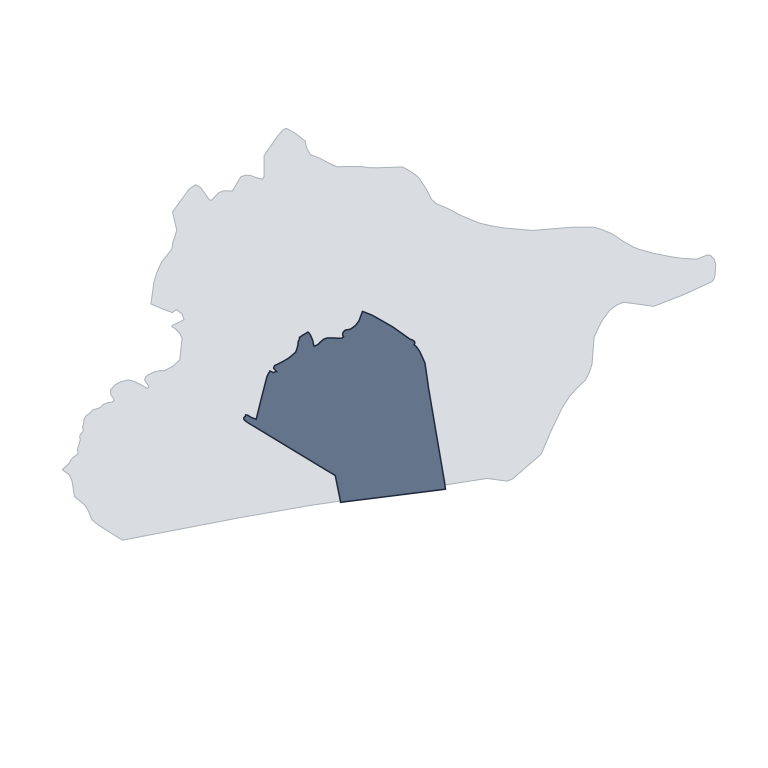 Tadmor, Homs (Hims), Syria shown in context, rotated 23°
{"feature_id": "27442178B76261641700856", "entity_name": "Tadmor", "entity_type": "district", "adm_level": 2, "iso_a3": "SYR", "parent_name": "Syria", "parent_adm1": "Homs (Hims)", "projection": "natural_earth1", "projection_center": [39.01, 34.465], "detail": "fine", "context": "in_parent", "style": "filled", "palette": "slate", "viewbox_px": 768, "rotation_deg": 23, "n_neighbors": 0, "source": "geoboundaries", "source_scale": "gbopen_adm2", "svg_char_len": 4516}
<svg xmlns="http://www.w3.org/2000/svg" viewBox="0 0 768 768"><g transform="rotate(23 384 384)"><path d="M132.7,274.2L138.6,274.9L151.3,282.6L153.4,282.4L157.3,272.2L161.1,268.7L169.0,265.6L171.3,249.1L175.0,245.9L179.5,244.2L186.3,243.9L192.2,242.9L192.6,240.0L184.5,220.9L185.2,216.0L189.4,196.8L191.9,189.3L194.3,186.8L203.7,187.8L216.8,191.2L220.2,196.7L226.6,201.6L236.2,201.3L247.3,202.2L256.0,202.5L263.0,199.1L278.6,192.6L286.4,190.5L293.4,187.6L316.1,177.0L325.2,177.9L331.4,179.2L336.1,180.9L346.8,188.1L355.5,195.4L361.7,197.6L372.8,197.5L388.9,198.8L408.6,198.7L420.1,196.7L434.8,193.1L461.0,184.5L495.3,166.5L515.6,157.7L524.3,156.7L535.6,156.6L547.0,158.9L559.9,160.5L565.8,160.4L579.8,158.6L597.9,154.9L609.2,151.9L622.9,147.0L631.3,138.9L634.1,138.0L637.7,139.5L639.3,140.1L642.9,144.7L646.7,156.6L646.7,158.0L646.0,161.4L637.2,171.2L625.1,184.5L616.5,192.9L601.9,207.1L590.9,210.1L572.4,215.2L567.5,220.2L562.9,228.2L560.2,239.1L559.5,246.0L559.1,258.7L563.5,272.0L567.8,284.7L568.4,293.2L568.0,301.5L564.0,310.3L559.7,322.5L557.3,336.3L556.1,362.0L556.2,384.0L555.9,387.6L548.3,403.0L539.5,421.1L535.3,425.3L515.7,430.7L494.2,444.0L470.3,458.8L448.5,472.3L425.6,486.4L401.8,501.1L384.8,511.6L362.0,525.6L341.3,539.0L320.2,552.6L304.2,562.9L279.9,579.3L265.6,588.8L244.6,602.9L226.1,615.3L204.2,630.0L176.8,625.6L168.2,623.1L161.2,616.1L156.0,612.4L143.1,608.5L134.9,595.4L129.9,590.7L121.3,588.6L125.1,580.2L125.8,574.7L129.6,567.9L127.3,563.5L126.3,554.1L124.6,551.7L124.1,549.3L125.4,546.2L124.9,543.1L123.4,541.8L122.8,537.1L121.6,533.6L122.3,529.4L124.2,526.6L126.2,521.3L128.5,519.7L132.2,516.4L133.2,513.0L136.5,509.6L140.9,506.8L141.9,504.6L141.3,503.3L136.9,500.8L134.6,496.4L136.7,490.0L138.2,488.0L140.8,484.9L146.8,480.2L151.4,479.4L155.4,479.4L162.1,479.8L167.3,480.6L168.7,479.4L168.5,477.9L162.1,474.0L161.7,470.9L163.4,467.6L168.0,462.4L173.5,458.6L176.3,457.9L182.6,450.3L186.6,441.7L180.3,420.8L176.4,417.5L170.1,414.6L166.4,414.2L166.1,412.8L171.1,407.5L174.7,402.9L170.8,398.5L163.8,396.5L161.2,401.0L152.2,401.4L138.2,401.4L132.2,379.3L131.4,369.8L131.6,358.8L136.0,342.6L134.1,335.1L134.0,330.1L133.0,323.2L122.1,308.3L128.4,280.9L132.7,274.2Z" fill="#d9dde1" stroke="#a8b0b8" stroke-width="1"/><path d="M390.3,509.9L393.5,508.0L481.7,456.8L478.1,450.7L436.3,385.5L428.2,372.8L426.2,369.7L425.2,368.0L423.8,365.6L423.0,364.3L421.5,361.8L417.6,355.4L413.5,348.7L411.8,347.1L411.2,346.6L409.8,345.2L408.7,344.2L404.8,340.7L404.0,340.0L399.8,337.3L399.3,337.2L398.3,336.6L398.2,336.6L397.9,336.5L397.7,336.5L397.4,336.4L397.2,336.4L396.9,336.4L396.7,336.3L396.6,336.2L396.4,336.1L396.4,335.9L396.3,335.7L396.3,335.4L396.3,335.2L396.4,334.9L396.4,334.7L396.4,334.4L396.3,334.2L396.2,334.0L396.2,333.9L396.1,333.7L395.9,333.4L395.7,333.3L395.6,333.2L395.4,333.1L395.1,333.0L395.1,332.9L394.9,332.8L394.7,332.8L394.7,332.7L394.4,332.7L394.2,332.6L393.9,332.5L393.7,332.5L393.5,332.4L393.4,332.4L393.2,332.4L392.9,332.4L392.7,332.4L392.4,332.4L392.2,332.4L391.9,332.4L391.7,332.4L391.0,332.7L370.0,328.1L366.3,327.6L346.4,325.3L337.0,325.5L335.8,325.6L336.3,335.7L335.7,338.0L335.1,340.6L334.4,342.2L332.3,345.7L332.2,346.0L330.7,347.3L329.9,347.9L328.5,348.7L327.4,349.4L326.7,350.9L326.1,352.5L326.6,354.7L327.5,355.9L328.3,356.3L328.2,356.9L327.6,357.7L327.2,358.1L326.9,358.4L326.7,358.6L326.4,358.7L325.7,359.0L321.9,360.5L320.3,361.0L314.6,363.4L313.2,364.2L311.0,366.3L308.8,370.8L308.3,372.4L307.5,373.8L305.7,375.8L304.8,376.4L304.6,376.1L304.0,375.6L301.4,371.9L301.3,371.7L301.2,371.6L300.1,370.5L299.9,370.3L299.5,369.9L298.4,368.8L296.7,367.4L294.1,365.9L293.7,365.9L293.5,366.2L293.1,366.8L291.8,368.5L291.4,369.2L290.1,370.6L289.8,371.1L288.9,372.8L288.0,373.9L288.2,374.6L288.4,375.3L288.6,376.9L288.4,378.6L289.4,381.3L289.6,382.6L290.1,385.7L290.2,388.3L290.2,389.4L289.0,391.8L287.9,394.0L287.4,395.0L286.4,396.8L285.7,398.0L284.3,399.9L282.7,402.1L279.2,406.3L278.1,407.7L276.2,409.6L276.1,411.1L276.1,411.6L276.1,412.0L276.3,412.6L276.5,412.9L277.5,413.2L278.5,413.6L280.0,414.5L279.7,414.6L278.2,416.3L277.6,416.7L273.9,416.6L273.8,418.2L273.5,419.5L273.5,421.4L273.3,422.6L276.2,441.8L280.1,466.4L277.6,466.5L275.1,466.7L274.5,466.6L270.5,466.0L268.7,466.5L269.0,467.7L268.6,468.8L268.2,469.3L268.2,469.7L268.3,470.3L268.8,471.1L269.5,471.7L272.3,472.5L276.2,473.2L281.5,473.9L298.8,476.4L305.1,477.3L309.8,478.0L321.6,479.7L329.1,480.8L355.8,484.6L364.1,485.8L374.9,487.3L389.4,508.5L390.3,509.9Z" fill="#64748b" stroke="#1e293b" stroke-width="1.5"/></g></svg>